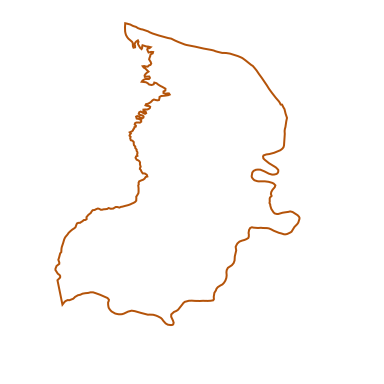 outline of Vitória do Jari, Amapá, Brazil, rotated 286°
{"feature_id": "56859067B90062016450461", "entity_name": "Vitória do Jari", "entity_type": "district", "adm_level": 2, "iso_a3": "BRA", "parent_name": "Brazil", "parent_adm1": "Amapá", "projection": "equal_earth", "projection_center": [-52.026, -1.016], "detail": "fine", "context": "isolated", "style": "outline", "palette": "amber", "viewbox_px": 384, "rotation_deg": 286, "n_neighbors": 0, "source": "geoboundaries", "source_scale": "gbopen_adm2", "svg_char_len": 6015}
<svg xmlns="http://www.w3.org/2000/svg" viewBox="0 0 384 384"><g transform="rotate(286 192 192)"><path d="M300.8,254.5L300.5,253.1L302.1,251.7L303.1,250.5L305.7,246.5L309.5,241.3L312.4,237.6L315.2,234.5L320.8,227.8L323.9,223.8L326.6,220.6L328.5,217.9L330.0,215.6L330.4,214.0L333.3,207.1L334.6,203.6L334.9,202.0L335.3,198.6L335.5,190.4L335.0,186.4L334.0,182.6L333.8,177.8L333.8,175.7L334.0,173.9L333.9,171.6L333.1,163.7L332.6,155.1L331.8,146.0L331.8,144.3L332.4,137.8L332.9,134.0L333.7,129.8L333.4,126.4L333.3,116.9L333.5,110.4L333.9,107.1L334.3,105.7L334.6,99.7L334.4,98.0L334.6,94.9L335.3,92.6L335.3,90.9L335.4,89.2L336.0,86.5L335.8,81.3L331.8,82.2L327.8,83.5L326.1,84.4L324.7,85.3L323.1,86.9L321.9,88.5L319.9,92.9L319.0,93.9L315.7,95.1L314.6,96.0L315.4,97.4L316.8,97.0L318.2,96.0L320.2,96.4L321.4,97.0L322.8,98.2L321.6,99.2L320.3,99.0L319.1,99.5L318.2,100.4L316.3,102.4L315.5,104.1L316.8,104.4L318.0,104.0L319.4,104.0L319.4,105.6L319.3,107.8L319.7,109.9L319.8,112.3L318.6,111.5L317.7,109.8L316.6,109.7L315.3,110.7L314.1,111.8L315.4,114.1L315.8,116.0L314.4,116.0L313.3,114.7L312.2,114.2L311.0,114.4L309.3,114.2L307.7,114.2L306.8,115.1L305.8,116.3L304.2,117.4L302.7,117.0L301.8,115.7L300.3,114.9L299.9,113.1L299.9,111.3L299.3,110.0L298.3,111.3L297.9,113.0L295.7,117.0L294.1,115.7L292.6,114.8L291.0,114.3L289.7,114.9L290.6,117.1L291.2,119.1L290.1,120.1L288.7,119.5L287.9,116.3L287.0,115.1L285.4,113.7L284.1,113.3L284.8,117.4L284.4,119.4L283.5,121.1L283.7,123.7L285.0,125.5L286.8,125.6L286.8,127.9L285.9,130.0L285.2,132.5L284.9,134.3L284.0,138.0L282.2,138.4L280.8,136.9L279.3,137.3L279.2,139.6L280.0,141.2L280.4,142.7L279.5,143.7L278.6,142.6L277.8,140.9L277.0,139.1L276.4,137.5L275.8,136.0L274.4,134.6L272.8,134.9L271.3,134.9L270.6,133.6L270.4,131.8L270.4,129.9L269.2,128.7L267.7,128.0L266.7,127.3L265.8,126.5L264.7,125.4L263.8,123.6L262.5,123.4L262.4,125.1L262.8,126.8L262.4,128.3L261.3,128.4L259.9,127.5L258.9,126.1L258.4,124.2L257.8,122.6L256.6,122.9L256.3,125.4L255.1,126.2L254.2,125.3L254.6,123.0L255.2,120.5L254.1,119.3L252.5,119.2L251.8,120.8L251.9,123.4L251.3,124.6L250.2,124.8L249.1,123.9L249.2,121.7L250.0,119.8L249.9,118.4L249.0,117.5L247.3,118.6L247.6,120.9L247.1,123.3L245.6,123.8L244.3,122.8L244.0,121.2L243.4,119.3L242.4,118.3L241.1,118.3L240.3,119.8L239.3,119.9L238.4,118.7L237.0,118.9L236.0,118.2L234.9,118.3L233.7,117.5L232.2,115.7L231.3,117.1L230.3,116.5L228.9,116.4L228.1,117.8L226.7,117.7L224.9,118.9L224.9,120.6L223.9,122.3L222.8,122.5L221.0,123.3L220.1,124.9L218.7,125.3L217.5,127.1L216.4,127.3L215.3,128.5L214.3,128.9L213.2,128.8L211.7,129.6L210.8,128.4L209.3,128.3L207.8,129.9L207.6,131.6L207.1,132.9L206.1,133.9L204.3,134.3L202.1,135.7L200.9,135.4L199.8,135.5L199.1,136.7L197.8,137.7L196.3,139.5L196.8,141.5L196.1,143.8L194.6,144.8L193.6,143.3L191.7,142.7L190.3,141.6L189.3,140.2L187.7,138.3L186.0,138.1L184.8,138.7L183.5,138.5L180.9,139.6L179.8,139.9L177.4,140.6L176.0,140.8L173.3,140.1L172.1,139.7L170.7,140.2L169.4,140.5L168.3,140.8L166.8,140.1L165.5,138.9L164.2,137.3L163.2,136.2L162.0,134.6L161.1,133.1L160.3,131.7L158.7,129.1L158.1,127.8L157.0,126.5L157.0,124.5L156.6,122.9L155.5,121.8L154.4,120.9L153.5,118.6L153.6,116.3L152.3,115.1L151.5,113.2L151.0,111.8L150.2,110.5L149.8,109.1L150.2,107.7L150.2,106.1L149.0,104.5L147.9,103.4L147.1,101.5L145.4,100.8L144.0,100.5L141.3,98.6L138.7,97.5L136.9,98.2L135.8,97.3L135.1,95.6L133.7,94.8L132.7,93.8L131.6,93.0L131.0,91.2L130.1,90.1L128.8,89.9L125.9,89.7L124.5,88.7L122.9,87.3L121.3,86.2L119.8,85.3L118.6,84.6L117.2,84.2L115.6,83.5L114.1,82.8L112.6,82.4L111.1,82.2L108.8,82.2L107.6,82.2L103.1,82.0L101.3,82.2L98.2,82.9L96.7,82.2L92.0,82.3L90.0,82.2L87.6,83.9L86.3,84.2L83.6,82.2L80.7,81.9L79.4,82.2L76.5,85.5L75.7,87.6L74.8,88.5L73.4,88.8L70.1,87.0L48.0,98.5L51.0,99.7L52.2,100.4L53.8,102.2L54.2,104.0L56.7,107.3L58.9,108.5L61.3,110.8L62.5,113.0L64.1,114.8L65.3,117.3L66.4,120.1L67.6,122.1L68.3,124.5L68.2,127.3L67.9,131.9L66.8,140.0L65.6,141.8L64.4,142.0L62.7,141.8L60.7,142.4L59.1,143.1L57.8,143.8L56.8,144.9L55.9,146.1L55.0,147.6L54.0,151.7L54.1,153.5L54.3,155.5L55.2,158.3L56.3,160.0L59.4,163.5L61.3,166.7L61.7,169.9L61.7,176.3L61.9,183.4L62.5,185.2L63.3,188.6L63.3,191.2L63.1,193.3L62.4,196.7L61.7,198.1L60.2,200.0L58.4,202.9L57.8,205.3L58.2,208.1L58.6,209.4L59.5,210.4L61.3,210.4L63.1,209.2L66.3,206.4L68.6,205.8L71.7,207.7L73.4,209.8L75.0,211.1L81.5,213.8L82.7,214.2L84.4,215.3L86.6,219.0L87.5,221.8L88.1,224.7L89.4,229.6L90.4,232.4L91.6,237.0L92.6,239.9L93.7,242.2L95.0,242.6L97.2,241.8L101.3,241.3L103.9,242.1L105.7,242.2L107.6,243.0L109.9,245.0L111.5,246.7L113.6,247.8L116.0,248.5L118.9,248.7L121.4,248.3L124.4,247.2L126.5,246.9L129.0,247.4L132.6,250.5L135.1,251.6L137.9,251.8L141.9,250.9L148.0,250.6L151.3,249.1L153.3,249.4L155.0,249.8L157.4,251.3L159.0,253.4L160.4,255.7L161.7,257.3L163.3,258.8L164.7,258.9L167.0,258.3L168.1,257.7L171.3,257.3L173.5,257.9L174.6,259.3L174.7,261.0L175.6,265.4L176.6,268.1L176.9,269.9L178.0,274.2L178.2,276.0L177.9,278.5L177.3,281.2L176.7,286.8L176.8,289.2L176.7,292.1L177.1,293.6L177.9,295.1L180.0,297.5L181.2,298.6L186.6,300.1L190.1,302.0L191.8,302.6L195.6,302.7L196.7,302.5L197.7,301.7L198.8,299.9L200.5,294.2L200.4,291.7L199.5,290.2L197.8,286.4L197.0,284.7L194.6,280.9L194.2,279.3L194.2,277.4L194.9,276.0L197.6,272.9L200.3,271.1L201.6,270.6L202.8,269.5L204.1,269.4L207.0,268.5L208.2,268.5L210.2,269.6L211.8,268.4L213.9,268.2L216.4,268.8L219.4,270.2L221.4,270.3L222.6,268.2L222.9,266.6L222.9,262.8L222.3,258.9L220.6,253.2L220.4,251.7L220.5,248.7L221.4,247.0L222.5,245.6L223.6,245.0L227.4,244.6L229.3,245.4L230.9,247.2L231.6,248.8L232.3,251.5L231.8,255.9L230.8,260.9L230.8,264.2L231.4,266.1L232.5,268.1L233.4,268.9L234.6,269.3L235.9,269.2L237.0,268.8L237.9,267.4L238.8,265.7L240.9,258.1L243.0,253.1L243.9,251.4L245.8,250.5L246.9,250.7L248.6,253.1L249.8,255.9L252.3,260.1L256.5,265.4L258.5,266.9L260.2,267.6L262.1,267.6L273.3,265.2L276.2,264.2L278.2,263.9L280.2,263.9L286.2,263.1L289.4,262.9L293.2,260.3L297.1,258.1L298.6,256.5L300.8,254.5Z" fill="none" stroke="#b45309" stroke-width="2"/></g></svg>